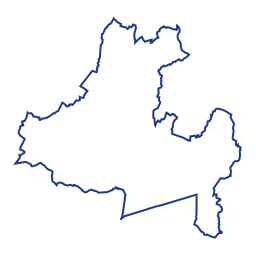 El Arenal, Jalisco, Mexico (Robinson projection)
{"feature_id": "50627088B54268846240144", "entity_name": "El Arenal", "entity_type": "district", "adm_level": 2, "iso_a3": "MEX", "parent_name": "Mexico", "parent_adm1": "Jalisco", "projection": "robinson", "projection_center": [-103.666, 20.759], "detail": "fine", "context": "isolated", "style": "outline", "palette": "blue", "viewbox_px": 256, "rotation_deg": 0, "n_neighbors": 0, "source": "geoboundaries", "source_scale": "gbopen_adm2", "svg_char_len": 5813}
<svg xmlns="http://www.w3.org/2000/svg" viewBox="0 0 256 256"><path d="M39.4,117.5L38.7,117.7L36.0,116.8L33.3,116.4L32.4,114.4L31.4,113.3L30.9,113.2L29.4,113.4L28.1,113.1L27.6,112.6L26.6,117.1L24.9,120.9L23.4,121.1L22.9,121.5L22.3,121.4L22.0,121.7L22.3,122.3L22.2,122.9L22.5,124.1L23.1,124.4L23.2,125.3L22.3,125.3L20.6,126.1L20.2,126.7L19.8,128.9L18.5,132.6L20.3,135.7L24.8,139.0L20.4,147.5L20.2,149.6L22.3,150.3L24.5,151.7L24.4,152.8L24.1,153.2L23.3,153.4L21.1,154.8L20.2,155.7L19.5,155.3L19.9,157.1L19.7,157.7L19.0,159.0L15.4,163.6L25.7,161.9L29.1,163.4L31.2,164.7L31.1,165.5L31.5,166.2L32.7,166.3L33.7,165.8L36.0,165.4L38.8,163.5L40.9,162.9L42.3,164.3L45.0,165.9L45.6,167.2L46.8,168.4L48.7,169.7L51.6,170.7L52.5,171.6L52.3,174.2L51.7,175.9L52.2,178.2L52.2,180.8L54.9,183.1L56.6,185.2L57.4,183.5L59.0,182.7L60.2,182.5L62.6,183.2L64.0,184.4L67.5,185.5L70.3,184.8L73.3,186.0L73.8,185.0L75.0,185.1L76.7,186.3L77.5,186.2L81.9,189.6L81.8,190.3L85.2,192.4L87.1,191.8L89.3,190.3L90.9,189.7L92.3,189.9L94.9,191.0L96.4,191.2L98.6,192.7L107.3,192.1L110.9,190.5L112.5,190.1L113.3,188.6L116.1,188.2L117.1,188.6L116.6,187.6L121.4,189.5L122.9,189.7L125.5,194.6L125.2,195.1L124.7,200.2L122.5,215.2L122.1,216.7L121.1,218.8L121.2,219.0L122.9,217.3L124.6,216.2L146.8,209.4L148.3,208.8L156.1,206.5L164.0,204.5L163.7,204.5L196.6,194.6L196.5,214.0L196.2,216.4L196.4,219.4L195.1,221.0L194.4,224.5L197.3,226.1L201.3,231.7L203.2,232.3L203.6,232.8L204.4,234.7L204.8,234.9L206.2,234.9L207.2,234.5L208.2,235.3L210.2,235.8L210.9,236.5L214.5,237.5L215.2,237.5L218.4,233.4L219.7,233.0L221.7,233.0L221.8,232.6L221.2,231.5L219.6,231.3L219.3,231.0L219.5,230.2L219.1,229.5L219.0,227.8L218.5,226.9L218.5,226.5L219.4,225.4L218.8,223.6L219.2,222.6L219.1,221.2L218.8,220.7L219.0,217.6L218.1,216.8L217.8,215.9L217.9,215.5L218.5,214.8L218.5,212.5L220.7,211.8L221.9,210.5L221.9,208.6L221.4,207.6L221.4,207.0L219.9,205.7L219.3,204.7L217.1,204.3L216.7,204.0L216.8,202.5L217.7,201.6L218.6,201.2L219.2,200.3L219.9,200.2L220.3,199.6L220.2,199.2L218.2,198.4L216.9,198.1L216.1,197.2L216.6,195.5L216.6,194.4L214.7,194.4L213.5,195.4L214.4,189.9L213.5,188.5L220.6,178.2L222.8,178.6L224.5,178.6L225.7,178.2L230.7,175.8L230.0,174.8L230.9,173.4L230.9,171.4L230.4,168.2L230.4,167.4L232.4,164.8L233.7,162.3L234.6,161.5L235.5,161.2L237.5,161.1L238.2,160.8L239.0,160.0L239.4,159.3L240.0,155.2L239.8,151.4L240.0,150.2L240.5,149.6L240.2,149.2L240.2,148.7L240.6,147.4L238.9,146.3L238.2,146.7L237.9,146.6L237.8,144.7L236.9,145.5L236.3,145.3L235.8,144.2L236.3,141.8L236.2,141.1L235.8,140.7L233.3,139.7L232.6,138.2L233.7,130.5L233.1,129.3L233.0,128.3L233.9,123.9L233.8,123.3L230.7,117.8L230.7,116.8L231.3,114.6L230.1,114.1L225.6,111.1L221.6,109.5L217.7,108.6L216.0,109.0L215.4,109.6L215.0,111.1L214.5,111.4L214.0,111.2L213.1,111.4L212.1,115.3L210.9,115.1L211.4,116.5L211.1,118.2L209.6,121.1L207.6,121.4L207.5,124.2L206.6,125.4L206.5,126.3L205.1,127.3L205.4,127.8L205.0,128.7L204.9,130.2L204.7,130.8L202.1,132.5L201.6,133.7L201.8,135.1L199.6,136.7L198.9,136.8L198.6,135.7L198.0,135.0L197.7,135.0L197.4,135.2L196.9,137.1L196.4,137.6L195.8,137.3L195.3,136.1L194.8,135.6L191.1,136.4L190.5,136.3L190.1,140.7L188.1,140.1L188.0,140.4L183.3,137.7L172.1,133.9L172.4,131.0L171.5,129.5L172.7,127.5L173.3,122.7L174.0,121.6L174.4,120.5L176.7,118.5L177.0,117.1L175.5,116.2L174.5,114.7L174.0,114.8L173.4,114.0L172.4,113.9L170.6,115.3L169.7,115.1L168.6,114.3L168.3,113.7L166.6,112.6L166.4,112.7L165.7,115.1L165.2,117.3L163.9,119.2L163.0,119.5L161.6,119.2L159.9,122.1L158.0,120.5L155.9,123.7L155.3,125.6L154.9,125.0L155.1,123.7L154.7,122.5L154.7,121.4L154.4,119.5L154.4,118.4L153.3,117.5L153.4,111.6L153.6,110.7L154.3,109.9L157.7,108.1L160.2,102.8L160.2,102.4L159.0,100.4L159.0,98.5L159.3,97.3L157.7,97.1L157.4,96.9L157.3,96.1L158.5,94.0L158.7,92.2L158.3,89.4L158.5,88.6L159.1,88.2L161.1,87.4L161.7,86.3L161.8,85.7L161.0,84.6L161.3,82.8L161.0,81.2L161.5,80.3L160.9,78.2L162.0,76.4L161.7,75.4L161.0,74.9L160.0,74.6L159.3,72.6L158.7,72.0L158.4,71.2L158.8,71.0L159.0,69.8L160.1,69.5L161.3,67.3L163.4,65.9L164.3,66.2L164.4,65.8L165.1,66.2L166.8,65.6L169.2,64.4L169.9,64.6L169.8,64.3L172.2,63.5L173.0,62.0L173.6,61.7L175.3,61.8L175.9,61.1L178.5,59.7L179.0,59.2L180.2,60.4L182.5,60.4L184.3,58.3L186.1,57.4L189.0,54.8L188.3,53.9L185.0,52.5L182.0,50.2L181.4,49.2L180.8,46.7L180.6,43.0L180.2,42.1L178.2,39.7L177.6,37.0L177.8,34.6L179.3,32.0L179.7,30.7L179.6,29.5L178.4,26.7L177.2,25.6L176.7,29.8L173.1,29.1L168.6,27.4L167.4,27.2L166.3,28.0L163.7,26.3L163.2,26.6L162.9,27.5L161.8,27.6L160.6,28.4L159.7,29.3L159.6,30.9L159.0,31.1L158.7,31.5L157.9,31.6L157.1,32.5L157.1,33.2L157.0,33.4L157.3,35.4L158.4,37.7L156.5,38.4L154.7,39.6L153.9,40.8L153.4,41.1L151.9,42.7L150.8,42.9L151.6,39.7L150.1,40.0L149.6,40.6L148.5,40.5L144.8,41.8L142.5,38.5L141.9,36.9L140.5,37.6L138.5,39.3L135.1,42.7L135.2,39.6L134.6,38.6L134.3,35.6L134.5,33.0L135.9,28.4L135.5,25.4L133.0,24.6L132.3,26.3L131.6,27.2L129.4,26.4L128.7,28.0L127.5,29.0L126.3,27.6L120.5,26.1L121.0,24.1L117.8,22.4L113.7,18.5L113.4,19.3L112.3,20.9L111.8,22.3L110.3,23.9L108.7,24.7L107.4,26.3L107.2,27.2L106.4,27.3L105.8,28.5L105.2,28.7L103.0,33.7L102.0,34.1L101.6,38.4L102.7,39.7L102.3,43.3L101.0,44.5L100.4,49.2L100.0,57.0L99.5,58.4L98.6,59.4L99.0,61.1L98.9,61.5L97.8,62.9L97.9,63.6L98.6,64.6L98.6,65.5L98.1,66.6L97.5,66.5L96.9,68.9L97.3,69.4L96.6,72.2L92.3,70.9L80.3,86.2L84.2,88.4L85.9,89.7L86.3,90.5L86.7,90.6L87.4,91.0L85.5,93.3L83.9,95.9L83.6,97.8L81.3,97.7L79.8,96.9L79.7,100.3L78.1,100.6L76.3,100.3L72.8,104.9L71.1,104.2L69.9,104.5L69.8,105.1L69.2,104.8L68.5,106.0L67.3,106.5L66.2,106.0L66.1,105.5L65.9,105.5L64.3,103.7L62.4,102.6L58.3,110.9L57.8,111.0L56.2,111.9L55.1,113.1L54.2,113.6L53.5,113.2L50.6,115.6L46.7,117.8L43.5,118.6L42.8,118.4L39.9,120.1L39.5,119.8L39.2,118.7L39.5,118.4L39.4,117.5Z" fill="none" stroke="#1e3a8a" stroke-width="2"/></svg>